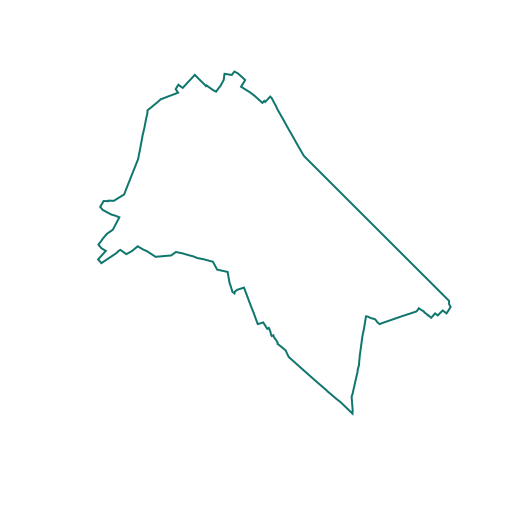 the district of Alūksne, Aluksne, Latvia, rotated 54°
{"feature_id": "27541924B6275122362783", "entity_name": "Alūksne", "entity_type": "district", "adm_level": 2, "iso_a3": "LVA", "parent_name": "Latvia", "parent_adm1": "Aluksne", "projection": "mercator", "projection_center": [27.066, 57.422], "detail": "fine", "context": "isolated", "style": "outline", "palette": "teal", "viewbox_px": 512, "rotation_deg": 54, "n_neighbors": 0, "source": "geoboundaries", "source_scale": "gbopen_adm2", "svg_char_len": 3512}
<svg xmlns="http://www.w3.org/2000/svg" viewBox="0 0 512 512"><g transform="rotate(54 256 256)"><path d="M90.1,174.4L93.9,178.0L94.7,178.8L96.1,181.8L97.4,184.6L98.7,189.1L98.9,189.7L99.6,191.7L96.7,193.2L88.8,195.8L89.1,196.6L88.0,196.7L86.2,197.0L83.6,197.4L83.2,197.5L73.5,199.1L74.0,201.7L74.8,205.4L75.2,207.8L76.0,211.8L76.6,214.8L76.9,216.5L75.1,217.1L71.8,218.1L72.9,220.8L73.8,222.9L78.1,223.0L75.6,232.1L73.9,238.5L73.2,241.0L73.7,245.5L73.9,249.7L74.2,253.8L74.3,258.0L76.9,260.2L78.3,261.8L79.6,263.4L82.7,266.7L85.8,270.0L87.1,271.4L88.3,272.8L91.8,276.9L95.1,280.3L103.3,289.0L103.7,289.4L104.4,290.3L105.4,291.3L108.3,294.4L118.3,310.2L121.3,314.9L121.7,315.6L127.9,325.3L128.7,326.5L127.9,337.1L127.8,338.6L124.5,342.8L124.8,343.2L122.0,347.0L124.7,353.2L126.1,353.1L126.5,353.0L127.1,353.0L128.7,352.9L137.6,348.6L140.0,346.6L144.4,343.8L145.9,346.8L148.4,351.9L150.6,356.4L150.5,360.0L150.4,363.5L150.7,364.7L151.8,369.2L152.0,369.9L152.6,371.6L153.0,372.7L153.5,374.5L153.6,374.9L154.0,376.3L154.2,376.8L158.9,376.5L163.6,374.5L163.7,375.1L166.0,385.8L167.3,385.6L168.2,385.5L169.3,385.4L170.9,385.3L171.6,367.3L171.1,364.2L171.3,362.2L171.6,362.1L171.8,362.0L177.1,360.2L178.3,359.8L179.1,353.5L178.6,346.0L179.4,345.7L184.6,343.4L188.2,341.3L197.7,337.7L198.2,336.7L199.2,335.1L205.7,324.3L205.7,321.6L205.7,318.4L206.5,317.7L211.5,313.2L212.3,312.7L216.1,309.7L219.5,306.9L220.2,306.5L223.6,304.4L223.7,304.2L224.8,303.1L225.5,302.5L227.7,300.4L231.4,297.4L234.9,294.6L235.4,294.2L240.9,295.0L244.2,295.4L248.5,291.6L252.2,288.3L256.6,290.5L259.3,291.8L261.9,293.1L262.1,293.1L262.3,293.2L262.5,293.3L265.9,294.3L270.9,296.1L272.2,295.8L273.6,295.4L273.0,294.7L272.4,293.9L272.3,291.0L273.5,287.4L274.5,284.3L282.9,286.6L291.2,288.9L295.7,290.1L300.2,291.2L305.0,292.6L309.9,294.0L310.0,294.0L311.1,294.3L312.1,294.6L312.4,294.0L312.5,293.4L312.7,293.0L312.8,292.7L314.0,289.2L321.6,289.7L321.7,287.9L322.7,288.0L323.9,288.4L325.2,288.7L326.8,289.3L327.0,289.4L328.7,290.1L329.9,290.3L330.3,288.6L332.2,289.2L332.3,289.2L334.1,289.2L335.0,289.2L335.9,289.1L337.8,289.4L338.5,289.3L339.7,290.2L341.1,289.8L342.9,289.3L344.7,288.8L345.1,288.7L349.7,287.5L356.9,288.9L382.1,283.4L387.9,282.1L392.8,281.0L396.6,280.1L401.4,279.0L406.0,277.9L407.5,277.7L418.2,275.1L418.4,275.1L423.9,273.5L440.2,270.6L437.5,268.4L426.1,261.4L424.0,258.6L410.9,243.7L410.0,242.5L408.6,241.3L407.2,239.9L406.5,239.0L405.0,237.0L401.2,233.8L400.1,232.8L397.5,230.5L383.7,217.3L378.4,211.5L369.5,202.5L370.3,201.6L370.6,201.2L371.9,200.6L373.2,199.9L374.3,199.1L375.3,198.3L376.1,197.6L376.9,197.0L378.4,196.7L380.7,196.8L383.8,196.0L384.3,193.8L390.5,173.3L391.2,171.2L392.4,167.4L392.8,166.3L393.6,163.7L394.4,161.2L394.8,159.9L395.2,158.5L394.6,156.6L394.5,156.4L394.0,155.0L397.4,153.8L397.7,153.6L398.5,153.2L399.6,152.8L399.8,152.8L400.6,153.0L403.1,152.1L405.3,151.7L405.3,151.4L407.0,151.1L408.2,150.8L408.9,150.6L408.8,149.9L407.7,144.9L410.9,143.9L410.8,143.2L409.8,137.0L411.4,136.5L414.4,135.6L413.8,133.9L411.6,128.5L408.5,128.1L405.7,126.2L203.6,158.4L202.6,158.3L202.4,158.3L200.8,158.2L194.2,157.5L186.7,156.7L183.7,156.3L173.6,155.2L167.3,154.5L167.1,154.4L161.3,153.7L150.4,152.5L145.7,151.6L144.6,151.5L137.6,150.5L135.4,150.8L136.5,156.6L136.6,157.7L136.7,158.0L135.4,158.2L135.9,160.8L127.9,162.5L125.6,163.0L121.2,164.3L119.2,165.0L110.3,168.6L108.2,163.5L107.3,161.3L97.7,163.3L97.2,163.5L94.1,165.1L95.3,169.2L91.0,173.5L90.1,174.4Z" fill="none" stroke="#0f766e" stroke-width="2"/></g></svg>